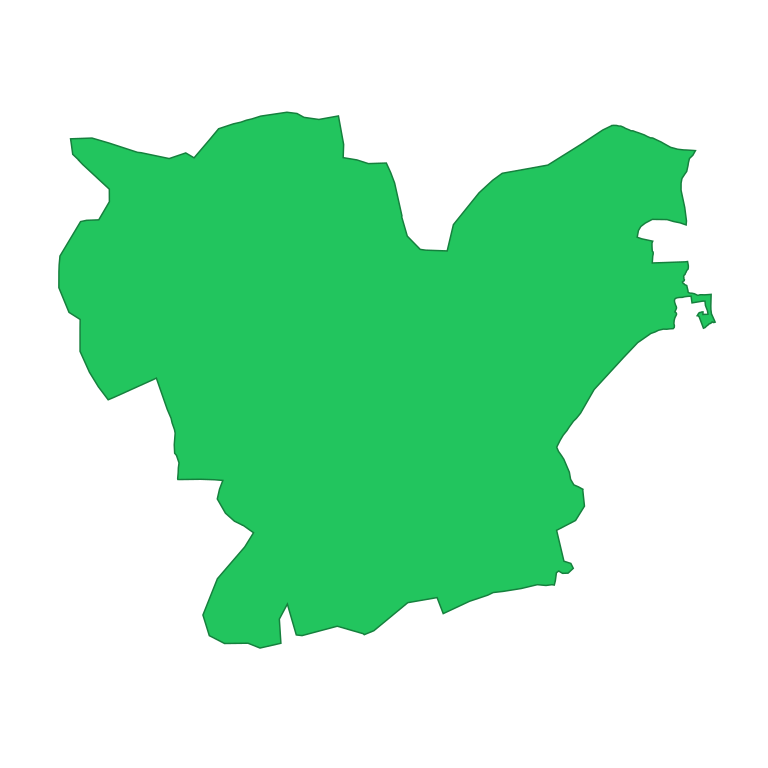 Gezawa, Kano, Nigeria, rotated 182°
{"feature_id": "59680162B10012275275709", "entity_name": "Gezawa", "entity_type": "district", "adm_level": 2, "iso_a3": "NGA", "parent_name": "Nigeria", "parent_adm1": "Kano", "projection": "mercator", "projection_center": [8.662, 12.062], "detail": "fine", "context": "isolated", "style": "filled", "palette": "green", "viewbox_px": 768, "rotation_deg": 182, "n_neighbors": 0, "source": "geoboundaries", "source_scale": "gbopen_adm2", "svg_char_len": 4222}
<svg xmlns="http://www.w3.org/2000/svg" viewBox="0 0 768 768"><g transform="rotate(182 384 384)"><path d="M80.9,628.1L83.2,628.2L90.0,628.4L92.6,628.4L98.9,628.9L102.5,629.8L105.7,630.5L109.3,632.3L112.6,634.0L115.6,635.6L119.9,637.4L123.7,639.1L124.7,639.3L126.3,639.3L129.4,640.5L132.5,642.0L138.3,643.9L141.1,644.7L144.0,645.7L146.1,645.7L147.7,646.5L151.6,647.9L153.4,648.9L155.0,649.5L156.3,650.0L158.4,650.0L160.5,650.5L161.3,650.5L163.6,650.5L164.9,650.3L165.4,650.3L166.2,649.7L167.2,649.2L174.2,645.5L195.9,630.1L227.9,608.5L273.2,598.7L282.5,591.4L295.6,578.5L320.2,545.7L325.5,519.2L347.0,519.2L352.5,519.8L365.9,532.6L372.2,551.8L371.9,552.5L380.4,585.2L384.7,595.5L389.4,604.9L407.3,603.7L418.9,607.0L432.7,608.8L432.7,622.0L438.9,650.3L458.3,646.1L473.3,647.7L480.4,651.3L490.5,652.2L516.6,647.4L525.3,644.3L530.8,642.8L536.1,640.7L543.7,638.7L558.2,633.3L567.1,621.8L581.7,603.4L590.2,608.0L605.5,602.2L606.6,601.8L635.0,606.7L638.4,606.9L667.2,615.2L684.4,619.6L705.8,618.1L704.9,613.2L703.1,602.7L696.7,597.0L696.9,596.9L692.6,592.7L665.3,569.1L664.8,556.6L674.8,538.1L687.0,537.2L692.9,535.7L712.3,500.6L712.8,491.7L712.8,485.0L712.3,468.9L701.3,444.6L689.9,437.9L689.7,429.2L688.9,406.0L678.8,385.5L669.4,371.3L659.1,358.6L653.3,361.3L611.7,381.9L599.7,351.0L595.6,342.3L594.4,337.7L591.8,331.1L591.0,327.6L591.5,315.9L590.8,307.5L588.9,305.4L586.1,298.0L586.6,293.0L586.6,288.0L586.9,282.2L586.7,281.4L584.8,281.4L574.2,281.9L564.0,282.4L550.0,282.4L541.7,282.0L544.7,273.2L546.6,263.3L537.9,249.3L528.6,241.6L520.9,238.2L520.7,237.9L519.8,237.8L509.2,230.8L517.5,216.3L543.7,183.6L556.9,146.8L549.8,126.4L534.3,119.1L510.9,120.2L498.7,115.8L478.0,121.3L480.4,145.4L472.9,160.7L462.9,130.2L462.2,130.1L457.1,129.7L422.3,140.3L396.0,133.7L395.0,132.8L385.5,137.1L352.6,166.3L323.5,172.4L316.8,156.6L290.8,169.9L279.8,174.0L272.9,176.6L267.6,179.4L257.6,180.9L239.7,184.4L223.8,188.8L215.1,188.3L209.7,189.2L209.3,189.3L206.8,189.0L205.9,193.3L205.1,201.4L202.9,203.2L199.0,201.0L193.4,201.4L188.4,206.4L191.0,211.2L198.0,213.2L206.4,243.8L187.8,254.3L179.4,268.9L181.7,285.3L181.5,285.7L186.1,288.0L190.2,289.6L190.7,289.8L191.5,291.0L194.2,295.3L195.7,302.4L196.7,304.5L201.0,313.7L201.6,315.0L204.1,318.6L207.3,322.8L209.2,326.9L206.0,333.9L203.2,339.0L199.5,343.9L197.3,347.6L193.3,353.5L190.6,356.3L186.6,361.6L173.8,385.8L145.8,418.5L131.9,434.2L119.1,443.8L114.6,445.6L111.5,447.3L106.7,448.6L103.4,448.6L100.3,449.1L96.9,449.4L95.9,450.7L95.8,452.4L96.4,454.6L96.2,457.8L95.6,460.3L94.1,463.6L94.2,464.8L94.8,465.6L95.8,466.2L95.1,468.0L94.6,469.2L94.3,470.2L94.6,471.6L95.3,472.9L95.9,474.5L96.4,475.9L96.6,477.1L96.6,478.0L96.2,479.2L95.3,479.9L94.0,480.4L91.9,480.8L88.9,481.0L86.5,481.7L83.4,482.2L80.2,482.5L79.0,475.8L68.1,478.0L66.1,478.0L65.5,473.7L63.4,468.7L63.0,466.9L62.6,465.1L63.5,464.9L66.0,464.8L67.7,464.6L67.7,465.3L67.7,466.2L67.7,466.7L67.7,467.2L68.9,467.1L70.1,466.6L71.2,466.4L71.9,465.8L72.4,465.0L72.8,464.2L73.4,463.2L72.7,463.1L72.1,462.8L71.4,462.2L66.7,450.9L65.1,451.6L63.6,453.2L62.3,454.2L61.2,455.4L59.5,456.1L58.8,456.9L58.3,457.0L58.2,457.5L57.8,457.5L57.0,457.2L56.6,456.9L55.2,457.4L58.9,465.0L59.1,465.0L59.9,469.8L60.1,473.4L60.2,485.0L63.7,484.6L66.7,484.3L69.2,484.3L69.9,484.3L71.2,484.2L71.7,484.1L73.4,483.5L77.1,485.1L78.0,485.2L78.8,485.4L80.1,485.5L81.2,485.5L82.2,485.7L83.3,486.4L83.5,488.0L84.9,493.0L86.2,493.5L87.1,493.9L87.5,494.5L88.4,495.0L89.0,495.7L89.3,496.4L88.3,497.3L87.6,497.7L87.4,498.7L88.1,499.7L88.0,500.6L88.3,502.2L87.8,503.3L87.7,503.4L87.0,503.9L86.9,504.4L86.7,504.9L86.6,505.3L86.3,505.8L86.0,506.4L85.8,506.7L85.7,507.2L85.4,508.0L84.1,509.5L83.9,511.5L84.0,513.0L84.9,517.0L87.3,516.6L120.1,514.3L120.1,515.4L120.0,517.8L119.9,521.0L119.5,523.4L119.6,524.9L119.8,525.5L120.5,526.1L120.8,528.8L121.0,531.5L121.1,534.3L120.4,536.1L131.5,538.1L135.1,539.2L136.1,539.5L135.4,544.0L135.1,546.2L132.8,550.4L128.4,554.0L121.6,557.9L106.8,558.2L100.3,556.5L93.7,555.4L87.6,553.5L87.4,557.5L89.6,570.9L91.3,577.7L93.4,586.1L93.9,588.2L94.0,591.6L94.1,594.9L94.1,595.1L93.4,599.8L92.2,601.8L91.0,603.8L88.9,607.0L87.8,612.9L87.5,615.7L86.6,620.0L83.3,623.4L80.9,628.1Z" fill="#22c55e" stroke="#15803d" stroke-width="1.5"/></g></svg>